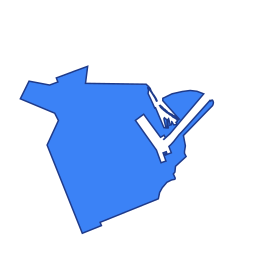 92, Al Wakrah, Qatar, rotated 338°
{"feature_id": "91078587B57954650204567", "entity_name": "92", "entity_type": "district", "adm_level": 2, "iso_a3": "QAT", "parent_name": "Qatar", "parent_adm1": "Al Wakrah", "projection": "mercator", "projection_center": [51.612, 25.031], "detail": "fine", "context": "isolated", "style": "filled", "palette": "blue", "viewbox_px": 256, "rotation_deg": 338, "n_neighbors": 0, "source": "geoboundaries", "source_scale": "gbopen_adm2", "svg_char_len": 2347}
<svg xmlns="http://www.w3.org/2000/svg" viewBox="0 0 256 256"><g transform="rotate(338 128 128)"><path d="M46.2,208.5L66.8,208.5L66.8,205.0L129.6,205.0L133.2,199.6L137.4,196.2L143.7,192.9L148.8,192.5L149.6,192.6L152.2,193.1L153.0,192.2L152.8,187.6L155.0,186.4L157.7,181.3L171.2,176.2L170.9,172.7L171.7,170.7L174.5,166.1L176.2,157.6L176.6,155.7L183.3,152.8L206.5,142.5L214.8,138.9L216.1,137.5L216.8,136.2L216.9,134.8L216.8,134.0L216.5,133.6L215.6,133.6L214.8,134.1L214.4,133.1L183.9,148.1L176.4,151.7L173.0,153.2L165.4,157.6L161.5,159.5L159.0,160.4L158.9,167.2L152.6,167.1L152.6,166.0L154.5,166.0L154.6,164.3L151.2,164.2L150.8,172.9L149.8,172.8L145.6,172.6L146.1,159.2L137.7,123.7L147.7,121.1L149.8,129.7L154.7,148.8L158.7,148.2L159.1,151.0L156.9,151.8L157.0,152.0L164.7,149.1L169.3,146.7L180.1,140.9L211.0,124.7L205.7,119.8L199.7,116.5L192.0,114.5L181.7,112.8L171.5,113.5L171.4,113.5L170.5,115.7L178.8,138.7L177.8,138.3L177.6,137.7L176.6,136.0L175.9,135.3L175.6,134.3L174.1,132.6L173.8,131.6L173.1,131.4L171.3,128.9L170.6,128.2L170.3,126.8L169.9,126.5L169.3,124.8L168.3,123.5L167.6,121.4L167.3,121.1L166.9,120.1L166.6,119.7L166.4,119.1L165.8,119.1L165.9,119.4L165.9,120.7L166.9,123.1L167.3,123.5L167.6,124.5L168.6,126.2L169.9,128.5L170.6,129.2L171.6,131.2L172.6,132.2L173.9,134.9L174.9,136.0L175.3,136.6L176.3,138.0L177.4,139.3L176.4,139.3L176.1,140.4L174.7,140.7L174.9,141.0L174.9,141.7L174.6,142.0L174.4,143.0L171.6,142.2L171.4,141.3L171.2,140.4L171.2,139.8L171.2,139.1L170.9,138.7L170.7,139.3L170.3,139.5L170.5,139.5L170.3,140.2L169.7,140.7L169.1,141.3L168.6,141.1L168.3,141.1L168.1,141.0L167.9,141.0L168.3,140.6L168.5,140.3L169.1,134.6L167.7,135.3L167.5,136.6L165.6,141.6L165.7,142.3L165.6,142.5L165.3,143.0L164.5,142.7L164.9,141.2L166.5,136.9L166.9,136.3L166.9,134.6L165.9,132.9L165.7,132.2L165.0,132.5L164.5,133.9L163.5,140.5L163.3,141.0L163.3,141.3L163.1,141.5L163.1,142.0L161.4,141.1L161.1,119.5L160.2,119.5L160.1,114.7L159.8,108.6L159.5,103.6L160.3,102.2L161.3,100.5L161.3,98.1L161.9,97.8L163.7,106.9L164.3,110.3L164.5,113.7L165.1,113.7L165.0,111.0L164.3,107.2L164.0,106.6L163.3,102.2L163.4,99.5L162.7,97.8L162.7,97.1L162.4,96.8L161.2,94.2L105.3,70.7L113.7,55.7L98.8,55.2L96.9,55.2L80.3,54.7L80.2,59.1L71.4,58.8L53.8,47.5L39.1,60.6L65.6,86.8L66.3,95.0L46.6,113.5L46.2,208.5Z" fill="#3b82f6" stroke="#1e3a8a" stroke-width="1.5"/></g></svg>